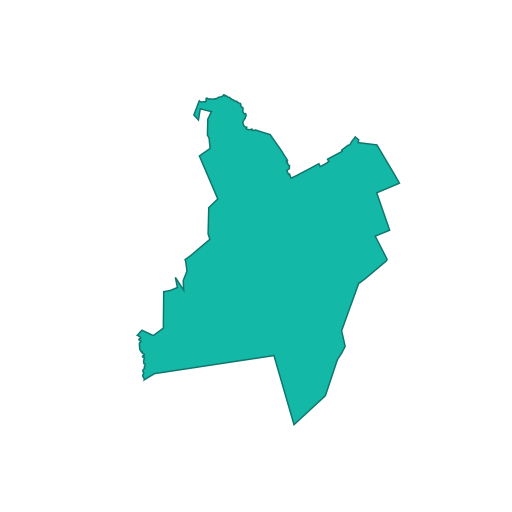 outline of Viesca, Coahuila, Mexico, rotated 54°
{"feature_id": "50627088B90788321268569", "entity_name": "Viesca", "entity_type": "district", "adm_level": 2, "iso_a3": "MEX", "parent_name": "Mexico", "parent_adm1": "Coahuila", "projection": "natural_earth1", "projection_center": [-102.997, 25.187], "detail": "fine", "context": "isolated", "style": "filled", "palette": "teal", "viewbox_px": 512, "rotation_deg": 54, "n_neighbors": 0, "source": "geoboundaries", "source_scale": "gbopen_adm2", "svg_char_len": 5261}
<svg xmlns="http://www.w3.org/2000/svg" viewBox="0 0 512 512"><g transform="rotate(54 256 256)"><path d="M250.3,398.5L250.4,398.4L250.6,398.3L250.7,398.2L250.9,398.1L251.0,398.1L251.5,398.2L252.6,397.6L253.0,397.5L253.3,397.4L253.5,397.3L254.3,397.3L254.6,397.4L254.7,397.5L254.8,397.8L254.7,398.1L254.6,398.9L254.5,399.3L254.5,399.6L254.7,399.8L254.9,399.9L255.1,399.9L255.3,399.9L256.4,399.6L257.1,399.3L257.4,399.3L257.5,399.3L257.7,399.5L257.8,399.8L257.8,400.3L257.8,401.2L257.9,401.3L258.0,401.5L258.5,402.0L258.9,402.2L260.1,403.0L260.8,403.4L261.8,404.0L262.3,404.5L262.9,404.6L263.1,404.8L263.4,404.9L263.6,405.0L263.8,405.0L264.6,405.0L265.0,404.9L265.8,405.2L266.0,405.2L266.2,404.8L266.2,404.6L266.3,404.4L266.5,404.4L266.8,404.5L267.2,405.0L267.3,405.1L267.5,405.1L267.8,404.9L268.3,404.8L269.0,404.5L269.5,404.4L270.0,404.3L270.3,404.3L270.4,404.5L270.5,404.7L270.5,404.9L270.3,405.9L270.3,406.1L270.3,406.3L270.3,406.5L270.5,406.8L270.8,407.0L271.0,407.0L271.3,406.9L271.6,406.6L272.3,405.9L272.5,405.9L272.8,406.2L273.6,407.3L273.9,407.4L274.0,407.5L274.6,408.3L274.9,408.7L275.0,408.8L275.8,409.2L276.2,409.4L276.6,409.6L277.0,409.9L277.2,410.0L277.3,410.0L277.4,409.9L277.5,409.8L277.6,409.6L278.3,409.4L278.6,409.5L278.8,409.7L279.0,409.9L279.3,410.1L279.4,410.3L279.6,410.4L279.7,410.5L279.9,410.8L280.0,411.3L280.0,411.5L280.3,411.7L280.4,411.8L280.9,412.0L281.2,412.1L281.3,412.2L281.4,412.3L281.5,412.5L281.5,413.3L281.6,413.6L281.6,413.8L281.7,414.1L282.3,415.1L282.5,415.2L283.1,415.2L283.8,415.4L284.5,415.6L284.8,415.7L285.1,416.1L285.3,416.4L285.4,416.6L285.5,417.1L285.7,417.5L286.2,418.0L286.5,418.2L287.1,418.3L287.7,418.3L288.1,418.4L288.5,418.5L289.5,418.6L289.9,418.6L290.1,418.7L290.3,418.8L290.5,419.1L291.5,407.3L323.4,345.7L347.1,300.0L414.8,324.4L409.8,282.0L387.6,250.9L384.9,243.7L381.5,237.0L373.9,233.7L366.8,230.7L338.1,188.4L338.7,187.9L338.5,180.5L336.6,153.6L335.8,151.9L310.0,147.9L313.7,132.7L275.8,121.2L281.4,97.2L272.9,96.2L252.3,94.3L237.2,92.9L224.3,106.7L222.5,104.7L218.0,105.7L219.8,111.7L221.2,114.7L220.7,116.2L220.5,116.4L220.7,124.5L222.0,124.7L219.7,141.2L222.3,141.5L222.3,144.9L221.4,151.5L218.3,150.9L217.0,160.5L215.5,170.6L214.9,175.3L213.6,181.9L209.4,180.7L209.2,181.7L205.0,180.9L204.9,177.6L202.8,176.0L202.8,176.3L198.1,176.0L198.3,175.4L196.9,175.4L197.0,174.3L190.2,173.9L188.3,173.7L184.4,173.5L176.8,173.4L167.2,173.2L166.2,173.1L159.8,177.9L156.3,180.5L153.7,182.3L153.7,183.3L153.0,183.9L152.4,185.0L151.1,184.6L150.8,184.8L150.7,185.1L150.6,186.1L150.3,186.5L150.1,186.9L149.9,187.2L149.7,187.3L149.2,187.8L148.5,188.6L147.3,189.1L146.4,187.8L146.1,188.1L144.8,189.0L144.7,189.0L144.4,189.0L143.9,189.1L143.7,189.2L143.6,189.3L143.2,189.3L141.6,188.7L140.8,188.4L140.4,188.4L140.1,188.1L139.8,187.6L138.6,185.4L138.5,185.2L138.4,185.1L138.5,184.5L138.5,184.4L138.3,184.0L137.8,183.3L137.5,183.1L137.3,182.9L136.9,182.0L136.8,181.7L136.6,181.5L136.0,181.0L135.7,180.9L135.0,180.8L134.8,180.8L134.6,180.8L134.4,181.0L134.4,181.4L134.4,181.6L134.4,181.8L134.2,182.0L133.4,182.0L132.6,181.9L131.5,181.8L131.2,181.7L130.1,180.6L129.9,180.5L129.2,179.9L128.5,179.5L128.4,179.5L127.7,179.7L127.2,179.9L126.8,180.2L126.5,180.2L126.4,180.2L126.1,180.2L125.4,179.8L125.1,179.5L124.8,179.4L124.1,179.1L123.7,179.0L123.5,178.9L123.3,179.0L123.2,179.2L123.0,179.7L122.9,179.8L122.6,179.9L122.2,179.9L122.0,180.0L121.7,180.1L121.0,180.3L120.7,180.5L120.5,180.8L120.4,180.8L120.2,180.8L119.9,180.8L119.8,180.7L119.6,180.6L119.4,180.7L118.7,181.5L118.5,181.8L118.3,182.0L118.1,182.2L117.8,182.3L117.6,182.3L117.1,182.4L116.5,182.5L116.2,182.7L115.8,183.3L115.5,183.5L115.4,183.5L115.2,183.5L114.6,183.4L114.4,183.5L113.6,183.9L113.1,184.0L112.8,184.2L112.7,184.2L112.3,184.2L112.0,184.3L111.9,184.3L111.7,184.5L111.5,184.8L111.4,185.0L111.2,185.3L110.9,185.5L110.4,185.5L109.9,185.6L109.7,185.6L109.4,185.7L109.1,186.0L108.7,186.2L108.0,186.5L108.1,186.8L108.3,187.0L108.2,187.1L107.9,187.3L107.3,187.3L106.8,187.1L106.7,187.2L106.6,187.3L106.6,187.6L107.0,188.6L107.0,189.2L107.0,189.5L106.9,189.8L106.8,190.1L106.7,190.7L106.6,191.0L106.3,191.7L106.1,192.0L105.9,192.4L105.7,192.7L105.6,193.2L105.5,193.5L105.5,194.4L105.5,195.1L105.5,195.7L105.5,195.9L105.2,196.3L105.1,196.5L104.9,196.5L104.6,196.6L104.5,196.8L104.5,197.1L104.4,197.4L104.4,197.8L104.3,198.1L104.0,198.5L103.6,199.0L103.0,199.5L102.8,199.8L102.6,200.1L102.2,200.6L101.7,201.0L101.3,202.1L101.2,202.4L101.1,202.5L100.3,202.5L99.8,202.6L99.5,202.8L99.3,203.0L99.2,203.3L99.2,203.5L99.3,203.8L99.5,204.0L100.9,205.0L101.3,205.4L101.5,205.7L101.5,205.8L101.5,206.0L101.3,206.7L101.1,206.9L100.8,207.2L100.5,207.5L100.3,207.8L100.3,208.0L100.1,208.5L99.7,209.3L99.5,209.5L99.3,209.7L98.7,210.0L98.4,210.3L97.9,210.6L97.7,210.7L97.4,210.7L97.2,210.7L97.3,211.0L105.4,223.4L112.1,222.6L104.2,214.6L113.0,207.2L117.0,214.6L129.7,224.3L130.0,224.3L132.9,224.6L142.0,229.9L141.8,243.0L187.4,253.4L189.1,265.8L210.0,281.8L215.4,283.5L216.3,295.7L217.3,309.0L217.2,315.5L218.5,315.9L220.5,316.8L227.7,320.8L233.2,329.4L241.1,334.6L225.9,333.8L235.3,338.1L233.4,345.9L230.6,351.6L258.7,372.5L259.5,372.8L259.9,373.5L260.0,385.6L259.7,386.0L249.0,391.9L250.2,397.7L250.3,398.5Z" fill="#14b8a6" stroke="#0f766e" stroke-width="1.5"/></g></svg>